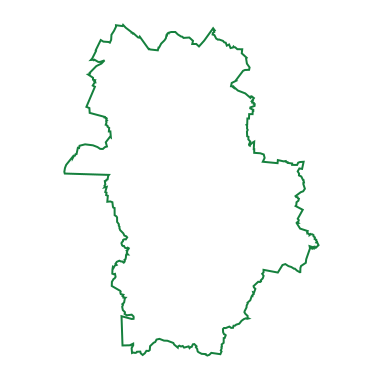 outline of Fresnillo, Zacatecas, Mexico, rotated 272°
{"feature_id": "50627088B93834363846203", "entity_name": "Fresnillo", "entity_type": "district", "adm_level": 2, "iso_a3": "MEX", "parent_name": "Mexico", "parent_adm1": "Zacatecas", "projection": "orthographic", "projection_center": [-103.067, 23.225], "detail": "fine", "context": "isolated", "style": "outline", "palette": "green", "viewbox_px": 384, "rotation_deg": 272, "n_neighbors": 0, "source": "geoboundaries", "source_scale": "gbopen_adm2", "svg_char_len": 5995}
<svg xmlns="http://www.w3.org/2000/svg" viewBox="0 0 384 384"><g transform="rotate(272 192 192)"><path d="M330.2,90.8L329.7,91.2L321.9,87.6L320.4,86.3L320.7,88.9L320.3,89.3L320.8,89.9L318.7,93.8L318.8,95.6L320.5,100.0L317.2,97.0L314.5,92.0L307.4,85.5L306.7,85.9L306.2,85.4L305.8,84.1L302.7,89.1L300.8,89.1L300.4,91.2L299.4,90.6L299.2,91.3L298.1,91.6L298.0,90.8L294.9,89.1L293.8,91.3L273.4,83.5L272.3,86.5L267.5,87.0L264.0,102.2L263.4,102.0L263.0,103.7L262.4,103.6L262.2,104.2L260.4,103.8L260.3,104.3L259.7,103.8L258.6,104.1L256.4,103.5L256.4,104.0L255.7,104.2L255.1,105.3L254.2,105.4L253.1,107.0L249.6,106.8L249.7,108.3L243.8,109.0L244.4,108.2L238.7,104.1L234.5,105.4L233.8,103.4L231.9,101.4L231.9,98.7L233.6,96.0L235.2,91.4L235.9,83.5L234.3,78.0L232.0,77.6L232.2,76.4L225.9,75.3L225.7,74.3L224.3,73.8L223.9,72.7L221.7,71.6L223.0,71.5L214.7,65.3L211.5,64.2L207.7,63.7L206.0,64.2L206.2,108.4L205.2,107.7L201.7,107.2L201.3,106.1L200.5,106.0L199.9,104.5L196.5,105.1L195.1,104.3L194.3,104.9L193.6,104.4L194.2,106.6L188.9,105.3L188.4,106.6L185.9,106.3L185.3,108.0L179.3,107.7L179.7,110.7L179.0,112.8L174.4,113.5L173.6,114.0L173.3,115.2L166.1,115.5L165.0,117.3L164.0,118.0L159.5,118.2L157.3,120.0L155.7,120.0L154.7,120.8L153.4,120.7L151.3,121.6L148.3,124.8L146.1,125.9L145.4,127.9L144.4,128.8L142.3,127.5L142.4,125.9L141.5,124.7L140.3,124.7L139.1,123.5L138.2,123.3L136.3,124.0L135.7,124.6L135.7,125.9L134.1,126.8L133.7,127.7L133.5,129.2L134.1,129.7L133.5,130.8L132.1,130.1L131.1,128.7L130.0,129.4L128.7,128.9L127.3,130.2L127.3,128.8L126.8,128.3L124.1,128.2L122.4,127.8L121.8,126.9L120.8,127.3L119.3,126.7L119.0,126.1L120.1,124.9L120.1,123.4L120.8,121.8L119.6,119.3L117.7,118.1L116.5,119.2L115.8,117.4L113.3,116.2L114.1,115.5L111.7,115.2L107.6,115.2L107.1,116.6L107.5,117.9L104.5,118.6L103.0,117.7L102.3,116.6L99.4,115.1L95.3,115.1L90.7,123.7L90.0,124.2L88.8,123.9L87.5,124.4L86.9,127.0L85.6,126.2L85.1,127.1L84.1,127.1L84.0,129.2L83.3,128.6L79.2,128.0L77.5,126.3L76.8,127.0L74.9,126.2L71.6,127.0L69.5,129.2L67.8,128.9L66.5,131.1L67.3,136.0L65.6,137.9L64.5,138.1L63.2,138.0L63.0,136.2L65.4,125.9L36.2,127.9L36.7,136.2L37.2,136.2L38.4,138.5L36.8,138.6L33.8,137.1L29.0,137.7L29.5,138.9L29.2,140.8L29.6,142.1L30.4,142.5L30.7,145.9L29.0,146.4L27.4,148.4L29.2,150.5L31.7,152.0L31.6,154.2L32.6,155.3L36.5,155.5L40.0,158.9L40.8,160.5L43.3,161.7L44.1,164.6L42.5,169.2L42.5,172.6L40.5,178.6L38.9,179.5L36.0,183.2L37.0,183.3L38.0,184.7L37.2,186.4L37.8,188.1L36.2,189.5L37.6,194.0L35.9,195.0L37.0,196.0L37.2,197.1L39.8,198.2L40.1,199.6L38.0,201.9L37.1,201.3L35.2,202.7L33.2,203.1L32.3,203.8L30.6,207.3L30.5,211.3L30.0,211.3L29.1,213.0L29.9,215.0L31.9,216.9L30.9,226.0L33.7,227.1L34.6,226.3L36.7,227.1L38.0,226.8L38.4,227.3L40.7,227.0L42.4,228.9L47.1,228.8L47.2,229.7L49.9,230.7L50.4,230.5L51.1,228.9L52.9,228.0L56.1,227.7L57.2,228.7L57.2,230.5L58.8,234.0L57.6,235.8L57.7,237.7L59.8,238.2L59.9,239.6L61.0,240.8L62.0,243.8L65.0,246.0L66.8,248.3L67.6,250.2L67.2,251.5L67.6,253.0L68.1,251.9L70.1,251.9L72.0,249.7L73.6,248.6L74.6,248.7L78.5,250.5L80.5,250.6L82.6,251.6L83.3,251.3L85.8,254.0L90.0,255.3L90.4,255.6L90.2,256.1L91.5,256.3L92.1,257.2L93.9,256.6L93.6,257.5L97.4,258.7L98.8,257.2L100.1,256.8L104.6,261.3L104.4,263.2L105.1,264.1L106.1,263.8L108.1,265.7L110.7,266.5L112.7,265.0L114.1,266.3L116.7,266.2L114.5,280.6L122.2,285.0L123.2,287.8L121.3,291.0L120.5,293.9L118.9,296.6L119.0,297.4L117.0,299.8L115.6,302.5L115.7,303.0L119.9,303.0L121.9,303.6L125.2,308.2L128.8,308.5L139.8,311.9L142.0,311.4L141.3,313.8L139.9,313.4L139.6,314.1L138.8,314.1L140.4,314.8L140.0,315.7L141.1,315.7L140.8,316.4L141.5,316.8L140.6,317.7L143.3,320.3L145.7,319.0L145.9,318.0L146.9,318.6L148.2,317.5L148.7,317.7L149.3,316.2L150.9,316.4L151.9,315.0L153.2,314.9L153.9,313.8L153.9,312.1L153.2,311.2L154.0,311.3L153.7,310.5L155.0,309.2L154.7,308.7L155.8,308.4L157.0,309.0L159.2,301.3L164.3,297.9L164.7,299.4L165.5,298.3L166.3,299.3L167.6,299.7L168.9,298.6L178.1,303.3L181.6,296.0L182.6,296.7L185.4,296.8L187.0,298.6L189.0,299.1L189.5,298.1L190.5,297.7L190.5,296.4L191.5,295.6L195.6,300.7L196.6,303.1L199.2,304.7L203.8,303.0L205.1,303.0L205.3,303.6L207.8,303.0L207.7,302.6L211.3,300.7L212.3,298.3L214.1,298.4L216.3,296.9L219.3,298.5L218.9,301.2L226.1,302.5L225.7,298.8L225.0,297.1L222.7,296.1L222.6,291.1L224.0,291.1L224.4,286.6L225.1,286.6L225.5,284.7L226.2,284.6L225.8,282.6L226.9,276.7L223.8,276.5L224.7,261.7L228.6,263.4L232.0,262.4L233.1,258.9L233.3,252.8L237.0,252.7L237.0,252.2L244.5,252.4L243.4,250.7L241.0,248.3L240.3,248.2L240.6,247.6L241.5,247.3L244.4,248.5L246.5,246.5L249.1,246.5L249.6,245.2L254.3,244.8L256.0,245.5L257.3,244.8L259.9,244.8L261.0,244.1L261.4,244.8L267.4,244.8L267.4,246.4L271.8,246.4L271.9,249.8L275.1,249.9L275.1,250.4L276.3,250.4L277.6,247.3L278.6,247.4L280.2,251.5L282.0,251.6L282.2,250.6L283.2,250.6L283.5,249.0L285.1,249.5L285.1,248.7L288.0,250.6L289.6,248.4L288.8,247.8L289.2,247.2L288.3,246.9L292.4,241.8L295.0,234.3L298.2,230.4L297.5,230.3L298.6,228.8L299.1,229.0L299.1,227.3L302.4,227.9L304.7,232.2L304.9,231.8L314.9,238.8L315.8,240.7L316.1,244.8L318.5,245.2L322.2,242.4L327.3,241.4L328.0,242.0L332.3,236.9L336.4,237.2L336.3,232.3L338.1,230.1L338.2,228.9L338.8,228.4L337.8,227.8L337.2,225.5L340.7,223.9L339.5,221.7L342.4,220.5L342.7,219.0L344.1,217.7L345.4,213.6L345.1,212.7L346.2,210.8L349.6,208.9L350.1,207.1L351.6,207.3L352.7,208.7L354.1,208.2L354.4,209.0L356.4,207.4L343.7,198.9L337.7,193.9L340.1,191.1L339.9,187.1L343.1,187.7L346.3,183.9L345.7,178.1L346.8,177.0L347.0,175.7L349.0,172.3L351.3,169.8L351.2,165.7L350.4,163.3L349.7,163.2L349.8,162.2L348.9,161.6L347.6,161.5L347.7,161.0L344.7,160.5L342.6,159.2L339.2,156.0L335.2,154.1L335.2,153.5L332.4,152.9L333.0,145.0L333.5,144.5L333.2,143.8L345.4,134.4L344.4,134.0L344.6,132.7L348.1,128.5L348.1,127.7L348.7,127.7L349.1,126.1L349.5,126.2L353.9,120.0L356.6,117.3L355.4,116.8L356.0,110.2L354.6,110.3L350.3,108.4L346.3,106.0L341.3,105.9L338.4,104.7L339.0,103.4L339.2,98.2L340.7,95.5L330.2,90.8Z" fill="none" stroke="#15803d" stroke-width="2"/></g></svg>